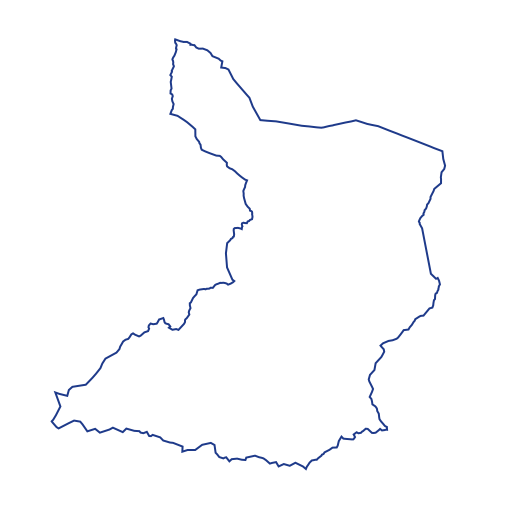 the district of Mixistlán de la Reforma, Oaxaca, Mexico, rotated 6°
{"feature_id": "50627088B94921527190935", "entity_name": "Mixistlán de la Reforma", "entity_type": "district", "adm_level": 2, "iso_a3": "MEX", "parent_name": "Mexico", "parent_adm1": "Oaxaca", "projection": "albers", "projection_center": [-96.11, 17.173], "detail": "fine", "context": "isolated", "style": "outline", "palette": "blue", "viewbox_px": 512, "rotation_deg": 6, "n_neighbors": 0, "source": "geoboundaries", "source_scale": "gbopen_adm2", "svg_char_len": 5617}
<svg xmlns="http://www.w3.org/2000/svg" viewBox="0 0 512 512"><g transform="rotate(6 256 256)"><path d="M77.7,448.1L87.3,441.8L92.3,438.7L98.5,439.1L101.0,441.5L106.6,448.0L114.1,444.7L119.2,448.0L128.4,443.9L131.6,441.7L141.9,445.1L145.1,441.2L153.2,442.6L158.3,442.4L159.7,443.7L162.5,444.0L165.8,442.3L168.6,446.2L170.4,446.1L171.9,444.7L179.7,446.4L183.0,449.2L189.9,450.5L193.0,450.5L202.9,453.2L203.2,458.3L208.2,456.1L215.8,455.3L222.2,449.4L230.6,446.6L234.5,448.3L236.4,455.9L238.1,457.3L240.5,459.8L244.7,460.7L245.7,460.0L247.4,459.3L251.0,463.0L253.1,460.6L258.4,459.5L263.2,460.1L266.8,460.0L267.4,457.5L275.9,454.7L280.1,455.8L282.7,456.1L284.6,456.5L287.3,458.0L291.5,461.0L293.6,460.1L297.5,458.9L300.5,462.9L305.4,460.0L311.5,461.1L316.8,457.5L324.7,460.4L327.9,462.6L328.6,460.2L329.7,458.3L330.9,455.9L332.9,453.5L335.0,452.9L336.4,452.4L337.7,452.3L338.7,450.9L340.3,449.3L341.9,447.8L342.3,446.7L343.8,445.9L344.7,444.1L349.3,441.1L352.1,438.6L356.3,438.0L357.1,436.0L357.7,431.4L359.9,426.7L362.0,428.5L364.2,428.5L369.0,428.4L370.3,428.4L371.9,428.2L372.6,427.3L373.4,425.7L371.8,423.3L374.5,420.8L376.4,421.6L378.8,420.9L379.9,419.5L380.7,419.0L383.2,416.3L385.2,416.3L389.8,419.8L391.7,419.7L393.5,419.2L396.4,416.3L397.5,415.0L399.5,416.3L402.0,415.7L403.6,415.1L404.5,415.1L404.0,412.3L403.0,412.0L401.9,411.5L400.1,409.7L397.6,407.4L395.9,405.4L395.4,403.7L394.6,400.0L392.8,397.5L392.3,395.4L391.5,394.2L390.3,393.0L387.3,391.4L386.6,388.6L385.7,386.1L383.8,384.3L385.6,378.9L386.3,376.0L385.1,374.0L381.8,368.9L381.0,366.9L381.8,362.3L385.7,357.0L386.2,350.1L391.2,343.4L392.1,341.3L393.5,337.8L392.8,335.4L390.4,333.3L389.2,332.1L391.5,329.5L396.7,326.6L400.7,325.5L404.5,323.6L405.8,322.3L407.9,319.0L409.8,315.8L410.6,314.3L415.3,313.2L416.3,310.9L418.2,308.2L419.6,305.2L420.6,303.8L421.0,302.2L425.0,299.0L426.2,298.3L428.8,297.8L434.0,290.0L436.8,288.9L437.4,286.6L437.4,284.1L437.6,281.4L438.5,280.1L438.3,276.1L438.6,274.6L439.8,273.8L440.2,271.9L440.9,270.4L440.8,269.3L441.0,268.5L441.0,267.1L441.9,265.0L440.6,261.4L439.0,258.9L438.4,259.4L437.4,259.8L431.8,255.4L418.3,211.1L415.4,207.0L415.4,206.0L414.4,204.8L414.6,203.7L415.5,201.1L417.0,198.9L418.4,197.5L418.1,196.1L418.8,194.5L418.9,192.8L420.2,191.0L420.7,188.8L420.8,186.9L421.9,185.6L423.6,180.9L423.4,179.1L425.8,172.8L426.3,170.6L432.4,164.3L432.0,160.2L431.6,158.4L431.8,153.3L434.1,149.8L434.6,146.4L432.1,139.9L430.4,132.3L421.5,130.0L418.2,129.0L407.7,126.1L402.6,124.7L394.2,122.4L388.5,120.9L383.6,119.5L375.3,117.3L363.9,114.1L357.3,113.5L352.7,113.0L347.1,111.8L341.2,110.6L336.7,112.2L331.0,113.9L324.1,116.2L319.8,117.6L318.7,118.1L315.4,119.0L312.3,120.1L309.9,121.0L307.5,121.6L302.9,121.7L295.4,121.6L287.9,121.7L274.7,120.8L261.9,120.0L253.1,120.3L246.1,120.4L237.2,107.8L232.9,99.3L229.8,96.5L219.0,86.4L214.9,82.4L212.4,78.5L209.1,73.4L206.0,72.3L201.7,72.2L202.2,65.9L200.4,65.3L198.3,63.7L191.8,61.8L189.5,58.8L186.1,56.5L181.5,55.3L177.4,55.8L174.8,54.9L172.7,52.7L171.7,52.8L170.1,52.6L168.7,52.8L168.6,51.7L165.0,50.3L161.7,50.7L160.2,50.5L158.3,50.3L153.0,49.0L152.9,50.0L153.4,52.4L154.2,53.1L155.1,54.6L154.7,57.7L154.9,58.4L155.4,58.7L154.9,61.8L153.9,65.3L152.9,67.2L152.3,69.1L152.7,70.1L153.1,70.6L153.5,72.2L153.5,73.9L154.5,75.8L154.4,76.3L152.8,80.8L153.2,81.5L151.9,85.0L153.5,86.5L153.3,89.1L153.0,91.8L154.5,98.3L153.8,100.2L154.0,103.3L155.8,104.1L156.5,105.7L155.9,108.5L156.7,111.0L158.2,113.5L157.8,116.5L157.9,118.3L157.0,119.7L156.0,123.6L163.3,124.8L170.4,128.4L173.6,130.2L179.5,134.2L182.4,136.4L182.7,139.0L183.2,143.3L184.8,145.8L187.5,148.4L188.0,149.8L189.2,151.1L189.9,154.1L190.9,156.0L194.6,157.3L199.2,158.6L206.0,160.3L209.5,160.2L211.0,161.1L213.2,163.3L216.6,165.8L217.3,166.3L217.4,168.5L217.9,169.9L219.4,170.8L220.6,171.5L223.3,172.2L226.2,173.9L228.7,175.9L231.6,177.9L233.8,179.3L237.2,181.2L239.2,181.7L238.4,184.5L237.9,186.6L237.9,188.6L237.0,191.2L236.6,192.7L236.8,193.5L237.2,195.1L237.4,197.4L238.1,199.7L240.3,205.3L242.6,207.9L244.8,209.6L245.3,211.5L246.8,211.9L247.4,212.4L247.8,213.9L247.7,214.7L248.0,215.6L248.4,217.2L248.4,218.1L248.2,219.8L246.2,220.8L245.5,221.9L244.1,222.5L243.5,224.3L241.6,224.4L240.0,224.2L238.7,225.0L238.6,226.2L239.4,228.0L239.1,228.4L239.0,230.7L237.9,230.3L235.1,229.9L231.9,230.5L231.1,231.4L231.1,232.8L231.6,235.0L232.0,236.7L231.9,239.0L231.2,239.4L230.7,240.7L229.3,241.6L228.6,243.1L226.0,246.2L225.8,256.4L228.4,270.4L235.0,282.0L237.0,283.2L235.9,284.5L233.6,286.2L231.2,287.4L229.8,286.5L228.5,286.2L226.5,286.0L226.1,286.1L225.4,286.2L223.8,286.5L223.2,286.4L222.0,287.1L220.9,287.7L219.5,288.3L218.3,289.2L216.4,292.2L214.2,292.3L213.0,293.3L211.5,293.6L210.1,293.8L209.4,294.4L207.8,294.2L203.5,295.3L201.5,296.2L200.7,300.4L199.2,302.3L197.8,304.3L196.1,309.0L195.1,309.9L195.4,312.1L196.3,314.7L195.3,317.2L195.0,319.0L195.8,321.2L193.6,325.1L192.4,326.4L192.1,327.2L192.3,328.8L192.2,329.5L191.4,331.2L186.6,337.6L184.3,337.0L180.6,338.1L176.9,336.4L178.1,335.0L176.2,333.0L174.6,332.8L172.9,332.4L172.0,331.4L171.1,328.9L170.3,327.4L167.1,328.9L166.3,329.2L165.6,330.9L165.1,332.2L164.3,333.7L160.9,334.6L158.2,334.2L156.7,336.3L156.5,338.1L157.3,339.4L156.5,342.0L153.0,343.6L149.6,347.3L148.1,348.2L143.9,346.9L141.8,345.8L140.2,347.0L138.8,349.9L137.6,351.8L135.0,352.9L132.8,354.9L131.5,357.9L130.4,360.3L129.9,362.9L127.3,366.7L117.0,373.8L114.4,379.0L113.0,383.8L109.2,389.8L106.1,394.2L100.2,401.8L87.1,405.3L83.9,408.8L82.9,414.8L74.9,413.7L70.7,412.7L77.2,426.1L73.7,435.2L71.4,440.1L70.1,441.8L70.7,442.5L75.5,447.0L77.7,448.1Z" fill="none" stroke="#1e3a8a" stroke-width="2"/></g></svg>